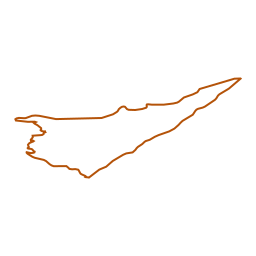 an SVG outline of South Karelia
{"feature_id": "FIN-3188", "entity_name": "South Karelia", "entity_type": "Province", "adm_level": 1, "iso_a3": "FIN", "parent_name": "Finland", "parent_adm1": "", "projection": "equal_earth", "projection_center": [28.093, 61.258], "detail": "fine", "context": "isolated", "style": "outline", "palette": "amber", "viewbox_px": 256, "rotation_deg": 0, "n_neighbors": 0, "source": "natural_earth", "source_scale": "10m", "svg_char_len": 1917}
<svg xmlns="http://www.w3.org/2000/svg" viewBox="0 0 256 256"><path d="M240.6,78.6L228.9,88.6L219.4,94.3L218.0,95.6L216.3,98.4L215.0,99.8L204.9,106.6L202.7,107.6L198.1,108.8L196.5,109.6L195.3,110.9L194.0,112.9L192.8,114.7L182.5,120.9L180.5,122.8L179.6,123.8L178.6,124.9L174.4,128.6L169.2,131.4L158.6,135.1L154.8,136.8L149.7,139.8L145.6,141.1L144.5,141.9L142.2,144.1L137.9,146.9L136.6,148.2L135.4,149.9L132.6,152.4L126.3,153.4L123.1,154.8L112.7,161.0L106.2,166.7L99.3,169.6L89.0,177.5L88.9,177.4L87.8,177.3L87.2,177.3L85.5,177.1L85.3,177.0L85.4,176.9L85.6,176.7L85.9,176.5L85.4,176.0L81.8,174.4L80.6,173.7L80.0,172.8L78.8,170.5L78.2,169.7L75.3,169.1L72.1,169.3L69.4,168.9L68.5,167.9L66.4,166.1L53.7,166.2L51.5,165.4L49.5,164.1L46.1,161.1L43.8,159.9L34.8,157.8L32.4,156.8L27.5,153.7L26.6,152.7L26.7,152.2L27.7,152.4L28.8,152.7L31.0,153.1L33.3,152.8L34.4,152.4L34.6,151.6L33.9,151.3L33.2,150.6L32.7,149.9L31.9,149.2L30.9,148.9L28.5,148.6L28.0,148.5L27.7,148.1L28.8,146.9L28.3,145.9L28.0,144.7L29.4,143.1L31.8,142.0L33.0,141.6L33.7,141.1L32.9,140.6L32.5,140.5L31.5,140.3L30.9,140.4L30.8,139.7L32.2,138.1L32.8,137.1L32.6,135.7L41.0,135.1L42.3,134.9L43.6,134.0L43.6,133.6L43.7,133.1L44.1,132.7L44.7,132.5L45.3,132.2L45.1,132.0L45.0,131.6L45.0,131.4L43.2,131.4L41.4,130.9L40.6,130.1L41.2,129.4L41.1,128.1L37.3,125.1L34.7,123.7L33.7,122.8L34.9,122.6L35.8,122.1L34.7,121.7L27.8,121.8L15.9,120.5L15.4,119.2L16.6,118.4L18.9,117.9L24.1,118.2L25.7,118.1L32.0,115.8L35.4,115.5L39.2,115.8L56.0,119.1L101.6,118.0L113.0,114.3L116.9,111.9L117.8,111.0L118.3,110.2L118.6,109.5L118.9,109.1L120.5,107.7L122.0,106.8L123.8,106.5L125.0,106.8L127.0,109.1L128.7,109.8L135.2,110.0L142.1,109.0L146.2,107.7L146.8,106.8L146.6,105.0L147.0,104.4L148.3,104.3L152.2,104.7L163.5,104.7L173.3,103.5L177.2,102.6L179.0,101.6L183.9,97.5L192.8,94.4L197.4,92.2L199.6,89.0L234.4,78.7L240.5,78.5L240.6,78.6Z" fill="none" stroke="#b45309" stroke-width="2"/></svg>